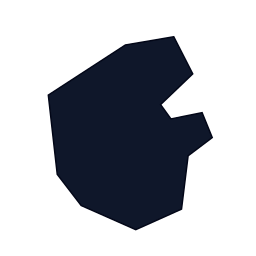 Termez city, Surkhandarya, Uzbekistan, rotated 11°
{"feature_id": "79887680B32786671178541", "entity_name": "Termez city", "entity_type": "district", "adm_level": 2, "iso_a3": "UZB", "parent_name": "Uzbekistan", "parent_adm1": "Surkhandarya", "projection": "orthographic", "projection_center": [67.33, 37.241], "detail": "fine", "context": "isolated", "style": "filled", "palette": "ink", "viewbox_px": 256, "rotation_deg": 11, "n_neighbors": 0, "source": "geoboundaries", "source_scale": "gbopen_adm2", "svg_char_len": 329}
<svg xmlns="http://www.w3.org/2000/svg" viewBox="0 0 256 256"><g transform="rotate(11 128 128)"><path d="M155.5,98.8L181.2,62.5L155.5,29.7L109.6,47.0L43.5,110.9L67.4,187.0L96.8,213.0L155.0,226.3L196.0,197.4L192.3,143.8L212.5,121.3L197.8,98.8L168.4,110.9L155.5,98.8Z" fill="#0f172a" stroke="#020617" stroke-width="1.5"/></g></svg>